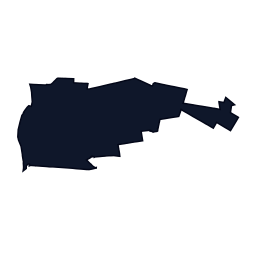 Ciocanesti, Calarasi, Romania, rotated 94°
{"feature_id": "2599482B47068055124782", "entity_name": "Ciocanesti", "entity_type": "district", "adm_level": 2, "iso_a3": "ROU", "parent_name": "Romania", "parent_adm1": "Calarasi", "projection": "mercator", "projection_center": [27.039, 44.238], "detail": "fine", "context": "isolated", "style": "filled", "palette": "ink", "viewbox_px": 256, "rotation_deg": 94, "n_neighbors": 0, "source": "geoboundaries", "source_scale": "gbopen_adm2", "svg_char_len": 5199}
<svg xmlns="http://www.w3.org/2000/svg" viewBox="0 0 256 256"><g transform="rotate(94 128 128)"><path d="M91.2,229.0L94.0,227.9L98.9,226.7L99.2,226.6L99.5,226.6L102.6,226.2L108.6,225.3L113.2,226.0L112.7,228.5L114.2,229.9L117.1,231.8L119.7,233.3L120.0,232.9L122.8,234.7L129.6,236.1L135.6,237.1L137.2,237.4L144.4,237.3L145.3,237.1L145.7,236.9L146.9,236.6L147.8,236.3L153.5,233.5L154.5,233.2L155.4,233.0L161.9,231.5L163.0,231.4L167.7,230.3L168.6,230.0L169.4,229.9L170.1,230.0L173.7,229.5L175.2,229.4L177.1,229.5L178.1,229.6L175.5,226.7L172.7,226.8L171.1,225.3L170.7,224.9L170.7,224.7L170.7,224.4L170.7,223.8L171.8,223.8L172.7,224.0L172.7,223.9L172.7,223.7L172.4,223.2L172.2,222.8L172.1,222.6L172.1,221.6L172.1,218.2L172.2,217.8L172.1,217.7L172.1,216.7L172.1,214.4L172.1,213.5L172.1,210.5L172.1,208.6L172.1,207.0L172.2,204.0L172.2,202.7L172.0,200.1L172.0,197.0L172.0,192.7L172.0,190.6L172.0,188.6L172.0,187.3L172.0,185.4L172.0,181.8L172.0,181.1L172.2,176.6L172.2,173.7L172.2,170.8L172.3,166.5L172.2,165.2L172.2,164.9L172.2,164.5L172.2,164.1L172.1,163.6L172.0,163.2L171.4,160.9L171.2,160.3L171.0,159.6L170.9,159.4L170.8,159.1L170.7,158.7L170.3,157.4L170.2,157.4L170.2,157.1L170.2,156.9L169.6,156.9L169.9,157.9L169.8,158.0L169.7,158.3L169.4,158.8L169.1,159.4L168.6,160.3L168.4,160.6L168.1,161.0L167.8,161.3L167.4,161.7L166.8,162.3L166.6,162.6L166.4,162.8L166.3,163.1L166.2,163.3L166.0,163.5L165.7,163.8L165.4,164.2L164.2,165.5L163.7,166.0L163.4,166.5L163.2,166.7L162.8,167.2L162.4,166.6L161.7,165.7L161.2,164.8L160.7,164.1L160.0,163.1L159.8,162.9L159.7,162.9L159.2,162.9L159.1,162.2L158.7,162.3L158.6,161.8L158.6,161.7L159.2,161.6L159.0,160.8L159.0,160.7L158.8,160.0L159.3,159.8L159.6,159.7L159.4,159.4L159.2,159.1L159.0,158.0L158.6,155.3L158.3,153.4L157.9,151.1L157.6,149.0L157.3,147.5L157.0,145.2L156.8,142.8L156.5,140.4L156.5,140.1L156.7,136.6L156.8,134.4L156.8,134.2L154.1,134.7L153.6,134.8L151.2,135.4L150.2,135.7L149.8,135.8L149.5,135.8L149.1,135.9L147.7,136.3L147.1,136.4L146.7,136.5L146.2,136.6L145.8,136.7L145.3,136.9L145.1,136.2L144.9,135.3L144.6,134.0L144.4,133.1L143.9,130.7L143.6,129.5L143.4,128.8L143.3,128.3L143.0,126.9L142.7,125.8L142.5,124.8L142.4,124.7L142.3,124.2L142.1,123.4L141.4,120.4L141.3,119.9L141.2,119.4L141.1,118.7L140.8,117.3L140.7,116.8L140.5,116.1L140.1,114.2L139.8,113.0L139.7,112.5L130.3,114.7L128.8,106.3L129.4,106.1L129.4,105.8L129.4,105.7L129.5,105.5L129.7,104.8L129.7,104.7L129.3,104.8L129.1,104.9L129.0,105.0L128.9,105.1L128.9,104.9L129.2,104.6L129.3,104.2L129.7,103.9L130.0,103.4L130.1,103.2L130.3,102.9L130.3,102.7L130.3,102.4L130.2,102.2L130.1,101.9L130.0,101.7L129.9,101.4L129.7,100.7L129.6,100.1L129.6,99.9L129.5,99.5L129.4,99.1L129.3,98.8L129.2,98.7L129.0,98.3L128.9,98.3L128.5,98.3L127.9,98.1L127.7,98.1L127.4,98.2L126.9,98.3L126.4,98.5L126.3,98.4L126.3,98.2L126.2,98.0L125.5,97.9L124.4,97.8L123.9,97.7L123.5,97.7L123.2,97.6L122.9,97.6L122.6,97.5L121.4,97.4L119.1,97.0L118.6,97.0L118.0,96.9L117.2,96.7L116.7,94.7L116.0,91.5L115.7,90.3L115.6,90.0L114.0,83.1L113.4,80.2L112.9,78.2L112.2,78.0L108.3,76.9L106.7,76.5L105.9,76.3L106.0,76.2L106.3,75.5L107.0,74.1L107.7,72.7L109.0,69.9L111.0,65.9L112.0,64.0L112.7,62.5L113.1,61.6L113.6,60.6L115.4,56.8L116.4,54.7L117.9,51.7L118.3,51.0L119.2,48.9L119.9,47.5L120.4,46.5L120.9,45.6L121.4,44.5L121.6,44.1L122.2,42.9L116.2,40.0L118.8,34.9L120.7,31.2L122.2,28.1L123.5,25.6L113.7,20.6L109.7,18.6L109.3,19.3L106.5,25.0L106.0,25.9L105.6,26.6L105.5,26.9L105.4,26.9L104.4,26.8L103.7,26.8L103.2,26.7L99.5,26.4L98.4,26.3L97.4,23.3L95.4,26.0L90.7,32.6L95.9,34.1L95.9,34.5L95.8,35.2L95.7,35.9L95.6,37.4L95.4,39.1L95.6,39.1L97.5,38.7L98.6,38.4L99.7,38.2L101.9,37.6L102.3,37.6L103.0,37.4L102.9,38.6L102.3,43.6L102.4,43.8L101.9,48.5L101.2,55.8L101.0,58.6L100.6,62.8L100.4,64.4L99.5,74.1L99.5,74.8L98.4,74.5L96.7,74.2L96.2,74.1L95.4,73.9L93.9,73.6L93.6,73.5L93.3,73.5L92.6,73.3L92.4,73.2L92.0,73.1L90.1,72.7L88.0,72.3L85.5,71.7L85.3,72.7L84.9,74.8L84.8,75.8L84.4,79.4L83.6,85.0L83.3,87.9L82.6,93.3L82.4,94.5L82.1,96.9L81.1,103.6L81.0,104.2L81.2,104.8L81.6,105.3L82.1,105.9L82.3,106.0L83.4,106.2L84.0,106.4L84.2,106.5L84.3,106.6L84.2,108.4L84.2,108.9L84.1,109.0L83.9,109.1L83.7,109.0L82.6,111.9L80.9,116.4L80.0,118.8L79.1,121.4L77.9,124.5L78.0,124.5L78.5,126.0L79.0,127.4L79.4,128.7L79.7,129.7L80.1,131.1L80.7,133.2L80.7,133.3L83.5,141.8L83.8,142.8L84.0,143.4L84.4,145.1L85.2,147.5L85.3,148.1L86.0,150.3L88.3,157.6L88.9,159.4L89.1,160.2L90.2,163.9L90.9,166.4L91.3,167.7L91.6,168.6L91.8,169.2L91.9,169.3L91.9,170.9L91.9,171.5L91.6,171.5L89.8,171.4L86.5,171.0L86.4,171.4L86.5,173.9L86.6,175.3L86.6,177.1L86.6,178.2L86.7,179.3L86.7,180.4L86.7,180.9L86.7,182.0L86.7,182.3L86.7,183.5L86.8,184.8L86.7,185.0L86.5,185.4L83.1,185.6L82.7,185.6L82.7,186.4L82.9,191.9L82.9,193.3L83.0,195.5L83.1,197.5L83.2,201.3L83.3,201.6L83.4,201.9L83.6,202.2L84.1,202.7L84.6,203.1L85.8,204.1L86.6,204.9L88.1,206.1L88.4,206.3L88.7,206.7L89.3,207.2L89.4,207.4L89.6,207.6L89.8,208.0L90.0,208.5L90.1,208.9L90.1,209.3L90.2,209.8L90.3,211.0L90.3,211.5L90.3,211.8L90.3,212.1L90.3,212.3L90.6,212.5L90.8,212.8L90.8,213.0L90.9,213.8L91.0,216.9L91.0,217.8L91.1,220.1L91.1,220.3L91.1,222.5L91.2,224.4L91.2,229.0Z" fill="#0f172a" stroke="#020617" stroke-width="1.5"/></g></svg>